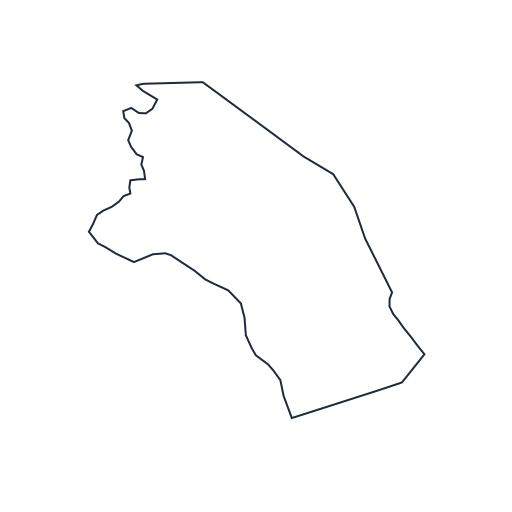 outline of Teixeira, Paraíba, Brazil, rotated 34°
{"feature_id": "56859067B68813180874934", "entity_name": "Teixeira", "entity_type": "district", "adm_level": 2, "iso_a3": "BRA", "parent_name": "Brazil", "parent_adm1": "Paraíba", "projection": "mercator", "projection_center": [-37.263, -7.252], "detail": "fine", "context": "isolated", "style": "outline", "palette": "slate", "viewbox_px": 512, "rotation_deg": 34, "n_neighbors": 0, "source": "geoboundaries", "source_scale": "gbopen_adm2", "svg_char_len": 979}
<svg xmlns="http://www.w3.org/2000/svg" viewBox="0 0 512 512"><g transform="rotate(34 256 256)"><path d="M239.8,146.9L188.7,144.7L114.6,141.7L66.2,176.3L61.4,181.4L70.4,182.4L86.6,181.5L87.8,191.9L84.9,199.3L78.9,203.0L69.8,203.0L64.9,210.2L69.8,215.3L76.2,216.7L83.0,221.5L85.3,231.5L91.5,235.4L100.2,238.4L107.0,237.2L109.8,244.3L115.6,248.1L121.1,254.3L116.0,257.9L109.5,263.5L112.7,270.1L116.9,274.5L112.7,280.5L112.0,287.6L108.8,296.1L104.1,303.6L101.2,310.8L103.1,321.1L103.9,329.3L117.9,333.9L126.0,332.9L138.9,332.3L158.2,329.3L169.5,312.3L179.2,304.5L185.0,302.9L213.5,302.6L227.0,303.8L236.5,302.6L252.2,300.0L270.0,303.8L281.1,313.7L291.8,327.3L304.0,334.8L311.4,338.4L326.6,339.1L334.7,341.3L345.6,345.3L357.2,356.6L376.3,370.3L432.5,299.0L447.7,279.2L450.6,243.3L440.0,240.0L429.1,236.2L419.3,233.3L409.6,229.6L402.2,227.4L394.8,223.1L390.8,216.9L389.2,210.1L336.7,180.5L309.9,160.3L274.3,145.0L239.8,146.9Z" fill="none" stroke="#1e293b" stroke-width="2"/></g></svg>